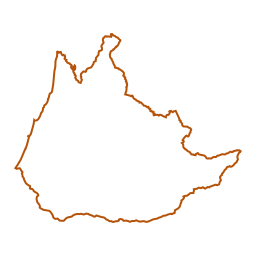 Grey District, West Coast, New Zealand
{"feature_id": "76426892B91014587529392", "entity_name": "Grey District", "entity_type": "district", "adm_level": 2, "iso_a3": "NZL", "parent_name": "New Zealand", "parent_adm1": "West Coast", "projection": "natural_earth1", "projection_center": [171.596, -42.409], "detail": "fine", "context": "isolated", "style": "outline", "palette": "amber", "viewbox_px": 256, "rotation_deg": 0, "n_neighbors": 0, "source": "geoboundaries", "source_scale": "gbopen_adm2", "svg_char_len": 5751}
<svg xmlns="http://www.w3.org/2000/svg" viewBox="0 0 256 256"><path d="M57.5,51.6L57.0,52.1L57.3,52.7L57.0,56.5L56.0,59.2L55.5,61.2L55.3,66.8L54.4,71.3L53.2,84.4L52.1,91.1L51.5,92.5L49.7,93.7L49.7,94.4L49.2,95.5L48.8,97.5L48.4,98.6L48.0,98.9L48.1,99.6L47.2,102.4L45.8,104.4L44.3,105.4L43.9,107.2L43.0,108.1L43.0,109.3L42.4,111.4L41.1,113.0L40.1,116.0L38.8,118.4L37.6,119.8L36.5,120.4L34.7,120.7L34.2,120.1L33.6,124.2L30.9,133.9L29.7,135.8L28.5,135.8L28.1,136.2L29.0,137.0L26.8,145.3L25.5,148.9L25.3,148.8L20.8,159.5L17.6,164.9L15.4,168.1L16.7,168.8L19.4,168.2L20.1,168.5L21.1,170.4L22.4,171.9L22.5,172.5L21.9,173.4L22.4,174.8L22.5,176.4L23.6,177.8L24.1,179.7L26.0,183.4L28.8,185.5L29.9,185.9L30.2,187.0L29.9,188.1L30.2,188.7L32.4,189.1L33.4,190.1L33.8,191.2L37.1,193.2L38.0,194.3L38.3,195.4L36.9,196.7L36.6,198.1L36.6,199.4L37.4,202.3L38.0,203.2L38.7,203.8L39.7,205.5L39.9,206.3L39.7,207.4L40.1,208.0L43.4,209.8L49.0,210.8L50.0,211.4L51.3,212.9L52.0,214.3L52.7,215.2L53.4,217.5L54.5,218.5L55.5,218.9L57.6,218.6L59.7,220.6L63.5,220.8L64.1,220.5L65.8,218.6L66.9,217.8L68.2,217.3L71.7,216.6L72.8,215.6L74.1,214.8L76.8,214.0L79.5,214.1L81.1,213.8L83.8,214.5L86.1,213.6L88.5,214.0L89.2,214.6L92.4,215.7L94.2,216.7L94.9,216.6L96.4,215.5L101.7,217.1L103.8,217.4L105.3,218.4L106.1,219.4L107.4,219.8L109.5,221.2L111.6,221.2L111.9,221.6L113.3,222.0L115.5,221.3L117.7,221.2L118.8,220.6L118.8,219.8L119.2,219.3L120.4,219.0L122.5,219.5L123.6,220.8L126.0,220.6L128.0,221.0L129.8,221.8L132.1,221.0L134.3,221.1L136.2,220.3L138.7,221.4L140.6,221.6L143.3,221.1L146.5,221.9L148.6,221.4L153.1,219.4L157.4,218.5L159.2,217.5L160.6,217.3L163.3,215.8L165.7,215.5L168.0,214.5L171.1,213.7L171.5,214.1L172.5,213.9L173.6,213.1L174.5,213.1L175.1,210.2L178.2,208.4L179.8,206.6L180.9,202.9L181.4,202.2L181.4,200.5L182.9,199.4L184.0,197.8L184.0,197.2L183.5,196.5L185.2,195.9L187.1,195.7L190.4,193.1L193.4,193.0L193.7,191.4L194.0,190.9L193.8,189.2L197.1,188.7L198.5,187.7L200.8,188.1L201.8,187.8L202.5,187.3L203.3,187.4L203.9,188.0L205.2,188.6L207.8,187.0L209.2,187.4L210.0,186.7L215.2,184.8L216.0,184.7L216.6,185.1L217.3,185.2L219.1,184.3L219.9,181.5L220.9,180.4L220.0,177.3L220.2,176.7L221.2,175.4L221.9,175.0L222.1,173.6L222.7,173.3L224.9,169.8L226.4,168.6L226.5,168.0L227.3,166.9L228.9,166.7L229.7,166.1L230.9,166.8L232.2,166.3L234.0,164.7L234.7,163.6L236.0,162.6L236.9,161.7L237.1,160.8L237.8,159.7L237.9,159.1L237.4,157.5L237.5,155.7L238.8,153.2L239.5,152.4L240.1,152.1L240.6,151.2L239.3,150.3L237.9,150.5L237.1,150.2L235.1,150.9L234.1,150.9L233.8,151.3L233.0,151.5L232.8,151.9L231.8,152.2L230.8,151.7L230.2,151.8L227.6,153.4L226.5,153.5L224.9,154.5L222.2,154.2L218.3,155.7L217.3,155.7L215.9,157.1L214.6,156.9L212.8,157.3L211.5,158.4L210.8,158.6L208.9,158.3L208.0,158.6L206.6,158.3L205.5,156.5L204.1,155.5L199.7,154.6L198.5,154.1L197.8,153.1L195.7,154.1L195.6,155.2L193.7,154.9L193.0,154.4L192.0,154.6L190.6,153.6L190.3,152.6L188.7,151.5L187.7,151.2L186.3,149.6L185.2,149.3L184.7,148.4L183.9,148.0L183.2,146.6L183.3,145.1L182.7,143.7L181.9,143.0L183.6,142.0L183.6,140.9L182.6,140.1L183.9,138.2L185.7,136.1L186.4,135.7L188.0,136.5L188.4,136.4L189.3,134.6L189.6,133.3L190.5,132.4L190.5,131.1L191.2,129.8L191.2,129.3L190.3,128.3L188.1,127.3L187.5,126.7L183.3,126.4L182.2,125.1L182.2,123.8L181.1,122.3L180.4,121.8L180.7,121.0L180.5,120.5L179.3,120.0L179.4,118.9L175.7,110.9L173.9,111.3L172.8,112.2L171.7,111.5L171.2,111.5L171.0,110.9L169.5,111.2L169.3,111.5L169.8,112.6L169.3,114.0L168.1,115.0L167.3,114.8L166.6,115.3L166.1,116.1L165.9,117.3L162.6,115.9L161.7,115.2L160.0,114.7L159.5,114.9L158.8,115.6L157.8,114.9L156.0,114.8L153.8,115.3L153.6,115.0L153.6,114.6L154.6,114.1L154.6,113.6L153.2,112.8L153.4,111.9L152.3,112.0L151.8,111.1L150.7,111.2L150.3,111.0L150.4,109.0L149.8,108.6L149.3,108.8L148.8,108.5L148.4,106.9L147.1,107.2L145.6,105.9L143.8,105.6L142.9,104.4L140.9,102.4L139.6,102.6L139.6,102.1L139.2,101.6L138.3,101.5L137.8,100.9L136.5,100.6L135.8,99.5L134.5,99.1L133.4,97.9L132.9,96.4L132.3,95.7L131.7,95.7L131.1,96.3L130.1,95.7L125.2,94.4L125.7,93.4L125.6,92.4L126.3,91.4L126.6,88.0L126.3,87.2L126.7,86.9L126.6,86.5L127.1,85.4L127.1,84.0L127.0,83.5L126.6,83.3L126.6,82.0L125.9,81.5L126.2,80.3L125.0,79.0L125.3,77.7L124.5,77.2L124.5,76.4L123.3,75.7L123.8,74.6L124.0,73.2L122.9,71.6L119.8,69.3L119.1,69.3L118.5,68.3L117.4,68.3L116.6,67.7L115.3,67.8L114.8,66.8L114.7,65.6L114.1,64.9L113.3,63.3L113.3,62.5L111.8,59.9L111.6,58.8L110.8,58.3L110.1,56.9L109.8,54.3L110.1,53.5L110.5,53.0L110.4,52.6L110.7,51.4L113.2,50.0L113.4,49.3L114.0,49.3L115.4,47.5L116.1,47.2L116.1,46.6L117.7,45.7L118.8,43.5L118.8,43.1L120.4,40.6L120.4,40.2L118.7,38.8L117.7,37.6L116.2,37.1L114.6,35.8L113.4,35.5L112.2,34.1L111.8,34.0L110.9,34.3L111.1,35.2L111.4,35.6L111.2,36.8L107.7,36.4L107.0,36.7L105.8,36.2L104.7,36.6L104.2,37.6L103.2,38.2L102.8,40.0L103.6,42.8L102.2,44.5L101.4,46.0L101.4,46.7L102.0,47.9L101.9,49.9L100.9,50.6L99.4,50.8L99.1,51.1L98.6,52.8L98.5,54.8L95.9,58.0L96.0,59.4L95.6,60.1L95.7,61.1L93.9,62.0L93.4,63.9L91.3,67.3L87.5,68.6L86.5,69.6L86.0,71.5L85.3,71.9L83.9,71.4L83.2,71.6L81.0,73.9L80.8,76.0L81.3,76.7L81.1,77.4L81.3,78.7L81.9,79.8L80.6,82.9L78.6,82.2L78.0,80.7L76.2,79.7L76.0,78.7L75.2,77.8L75.8,76.2L75.7,75.8L75.1,74.6L74.8,74.7L74.8,74.3L74.5,73.9L74.2,72.9L73.7,72.7L73.2,70.8L75.0,69.3L75.3,67.1L75.1,66.0L74.8,65.7L74.7,66.3L74.2,66.5L74.3,67.0L73.7,67.3L73.4,67.0L73.3,67.5L72.6,67.7L73.3,68.9L72.3,69.1L71.7,68.3L72.2,67.8L71.6,67.9L71.1,67.4L71.3,67.0L71.2,66.3L71.5,65.8L71.3,65.5L71.3,64.8L69.8,64.0L69.6,63.4L67.4,62.7L66.5,61.3L65.9,60.8L66.4,59.9L64.9,59.1L64.5,58.6L65.0,57.6L65.1,56.6L64.7,56.1L64.8,55.5L63.9,55.4L63.6,54.9L62.8,55.3L62.3,55.2L61.3,53.6L60.8,52.0L59.5,52.2L59.0,52.7L58.4,52.0L57.5,51.6Z" fill="none" stroke="#b45309" stroke-width="2"/></svg>